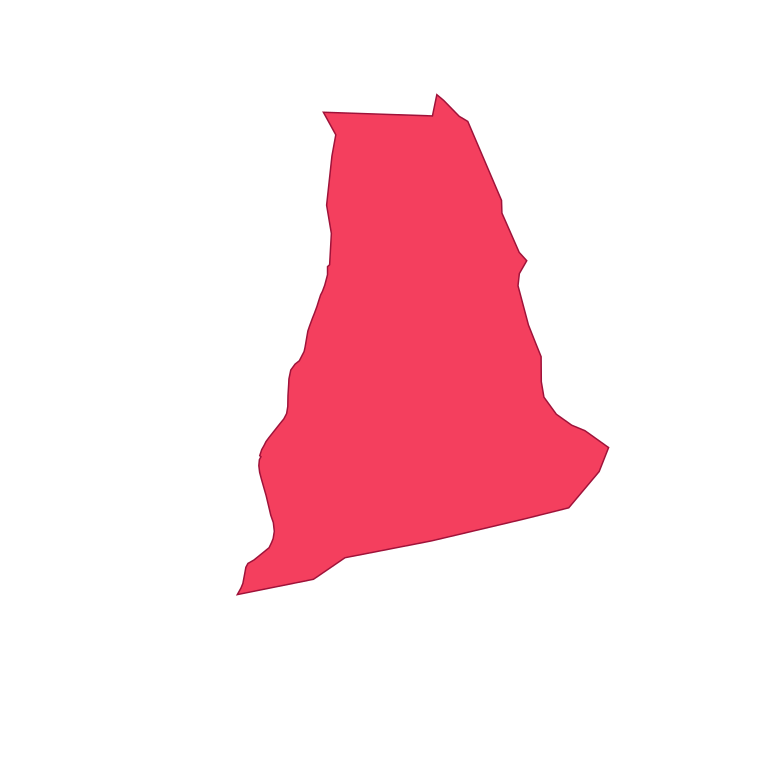 Cedars, Castries, Saint Lucia (Natural Earth projection), rotated 310°
{"feature_id": "8701671B84964760406378", "entity_name": "Cedars", "entity_type": "district", "adm_level": 2, "iso_a3": "LCA", "parent_name": "Saint Lucia", "parent_adm1": "Castries", "projection": "natural_earth1", "projection_center": [-60.983, 14.006], "detail": "fine", "context": "isolated", "style": "filled", "palette": "rose", "viewbox_px": 768, "rotation_deg": 310, "n_neighbors": 0, "source": "geoboundaries", "source_scale": "gbopen_adm2", "svg_char_len": 1191}
<svg xmlns="http://www.w3.org/2000/svg" viewBox="0 0 768 768"><g transform="rotate(310 384 384)"><path d="M553.2,162.9L543.9,186.9L525.3,197.5L484.1,225.1L465.5,246.9L440.4,265.7L437.6,265.3L431.4,270.5L421.6,275.1L415.4,277.3L411.5,278.2L406.5,280.2L400.3,282.8L393.3,285.3L388.7,286.8L380.9,289.6L375.7,291.6L370.0,294.9L361.6,299.8L357.6,301.9L347.4,304.2L342.1,303.1L334.8,303.6L326.8,307.9L322.2,311.4L313.4,317.9L305.0,324.7L298.8,328.4L292.9,329.7L286.6,329.8L269.0,330.3L264.1,330.6L260.0,331.6L255.1,332.5L249.2,334.9L249.2,336.5L245.9,337.2L241.0,340.6L236.4,345.5L232.5,351.0L222.7,365.5L214.6,376.4L210.7,381.6L206.7,388.3L200.6,394.7L194.4,398.4L190.6,399.7L184.7,401.2L165.6,397.5L159.1,395.1L154.8,396.0L149.4,399.1L140.5,404.1L135.7,405.6L128.4,407.0L189.1,455.5L225.9,465.8L294.2,521.1L304.5,528.8L371.2,578.5L407.9,605.1L455.2,605.1L479.7,596.9L479.5,594.8L477.4,568.0L473.1,554.3L471.6,535.5L476.7,515.0L486.9,503.0L505.9,486.8L513.2,473.1L522.0,456.8L545.4,423.5L555.6,416.7L570.2,414.1L571.7,403.0L584.8,376.5L590.7,364.5L600.2,356.0L639.0,279.4L637.4,269.6L639.6,247.4L639.6,238.5L620.5,248.8L553.2,162.9Z" fill="#f43f5e" stroke="#9f1239" stroke-width="1.5"/></g></svg>